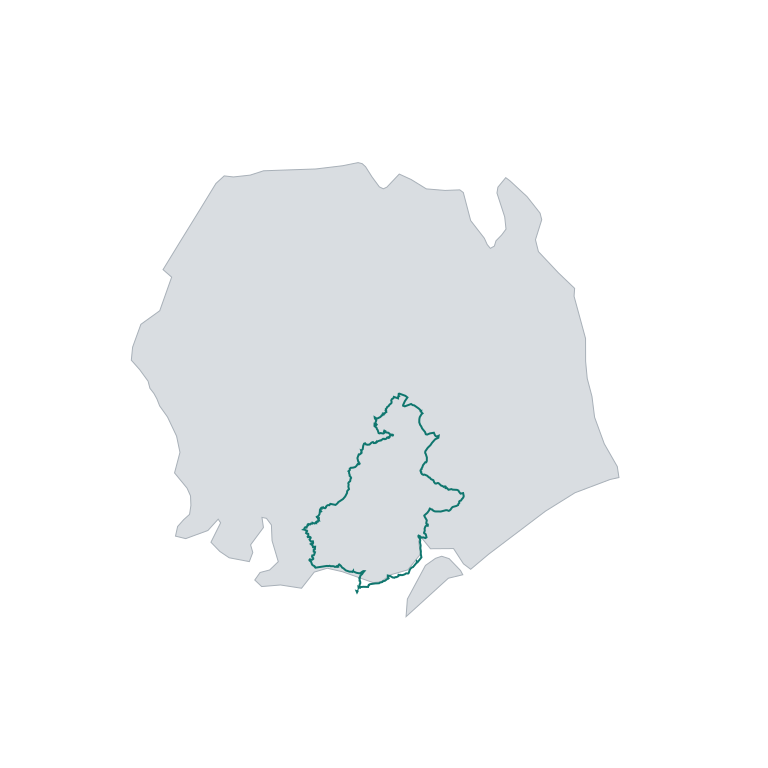 location of Moyamba, Southern, Sierra Leone, rotated 302°
{"feature_id": "65957751B35726846399821", "entity_name": "Moyamba", "entity_type": "district", "adm_level": 2, "iso_a3": "SLE", "parent_name": "Sierra Leone", "parent_adm1": "Southern", "projection": "orthographic", "projection_center": [-12.482, 8.03], "detail": "fine", "context": "in_parent", "style": "outline", "palette": "teal", "viewbox_px": 768, "rotation_deg": 302, "n_neighbors": 0, "source": "geoboundaries", "source_scale": "gbopen_adm2", "svg_char_len": 7718}
<svg xmlns="http://www.w3.org/2000/svg" viewBox="0 0 768 768"><g transform="rotate(302 384 384)"><path d="M623.5,377.9L623.1,382.9L618.7,406.0L611.6,425.8L606.9,430.7L586.6,436.0L578.1,444.8L570.7,472.9L566.1,495.0L559.1,498.7L529.4,530.8L510.0,543.0L496.4,553.4L483.6,567.0L467.4,580.2L450.0,602.5L437.6,625.6L429.2,632.8L422.8,626.3L393.0,603.6L361.7,588.3L295.0,562.9L272.8,555.7L273.6,546.7L281.3,530.2L268.9,510.7L273.7,496.7L268.9,496.6L259.3,505.1L239.0,502.7L225.5,490.5L214.6,486.1L209.8,480.0L202.7,448.0L197.7,433.5L187.5,424.5L167.1,422.3L158.7,402.7L147.4,387.6L149.3,378.3L158.5,378.8L165.7,385.6L177.3,388.5L191.8,372.1L204.8,363.2L207.8,355.5L206.2,351.2L198.4,357.8L176.9,356.1L171.6,362.0L162.0,363.9L154.6,344.8L155.0,333.5L158.1,321.1L179.7,319.0L181.5,315.0L166.5,312.3L147.8,297.8L144.5,287.8L153.8,284.5L162.7,286.0L170.4,288.2L178.7,284.6L186.6,279.2L191.3,272.2L197.6,253.5L217.9,247.2L229.9,235.7L241.3,217.9L246.5,205.4L251.1,199.2L254.1,193.8L256.3,187.8L261.4,182.4L266.7,169.2L270.3,157.1L282.0,151.3L305.8,146.2L327.3,155.0L362.1,147.3L363.9,136.0L395.8,135.7L433.6,135.5L465.0,135.2L475.8,138.2L479.8,146.6L490.2,159.8L501.0,168.9L514.5,188.9L530.2,212.2L547.2,233.3L558.0,244.7L559.3,248.7L558.5,253.2L553.3,264.0L548.7,275.6L549.2,280.0L552.4,282.1L570.1,285.7L571.8,298.6L571.9,316.5L580.5,333.2L588.8,345.4L588.4,349.8L568.5,370.9L560.8,391.8L556.9,397.7L555.4,402.3L559.4,404.5L564.8,403.1L572.6,404.8L580.0,405.4L589.7,397.8L605.8,378.6L611.3,376.3L623.5,377.9ZM266.4,547.7L264.0,551.9L253.4,541.5L198.4,526.0L214.0,517.8L252.1,515.3L263.5,520.1L268.5,524.2L270.4,531.8L266.4,547.7Z" fill="#d9dde1" stroke="#a8b0b8" stroke-width="1"/><path d="M201.6,415.2L200.6,414.0L199.4,414.5L198.8,416.3L198.1,416.7L196.8,416.1L196.0,414.0L195.2,414.0L194.9,414.3L194.6,416.4L193.1,418.2L192.5,419.4L192.7,421.5L192.6,421.8L192.4,421.6L191.9,423.2L199.5,432.0L200.2,433.4L201.1,434.3L201.1,435.1L202.5,437.3L202.9,438.4L202.9,439.4L203.7,440.1L203.8,440.5L204.1,440.3L204.7,440.6L204.7,441.3L204.4,441.5L204.6,441.9L204.8,442.1L205.3,441.7L206.9,441.4L207.3,441.7L207.0,443.7L206.1,445.8L206.2,447.3L205.7,450.4L206.6,454.2L207.6,455.8L207.9,456.8L209.0,456.9L208.7,457.1L209.3,460.7L210.3,463.3L211.2,464.2L213.7,465.2L214.6,465.9L214.9,466.5L213.1,466.2L211.2,466.2L209.1,465.5L206.8,466.3L206.8,465.9L206.3,465.9L204.8,467.4L204.2,467.5L204.2,468.0L203.4,468.9L202.1,469.6L201.4,469.5L200.3,469.9L199.6,470.4L198.4,470.1L198.4,469.9L197.8,470.4L198.0,470.4L198.5,471.6L198.8,471.5L199.5,471.9L201.1,474.0L203.4,478.0L204.1,477.7L205.4,477.9L205.7,477.6L206.9,478.3L210.2,482.2L212.4,485.4L213.3,485.7L215.2,487.5L216.1,487.6L217.7,489.1L221.0,490.3L221.1,490.7L221.7,490.9L222.6,489.3L223.6,488.7L224.5,491.3L224.5,493.8L225.3,495.6L226.2,495.9L226.9,497.0L228.4,497.9L229.1,498.0L229.1,497.7L229.8,497.5L229.9,498.4L230.7,498.8L230.8,499.5L231.9,501.1L233.5,502.4L235.1,503.1L236.1,504.9L236.9,505.1L239.6,504.4L241.5,504.3L243.1,504.8L244.1,505.6L249.9,506.4L251.0,505.8L250.8,506.9L256.8,507.6L259.4,505.2L261.7,503.9L263.9,501.9L266.5,500.6L268.7,498.5L270.9,497.4L271.9,496.2L272.6,494.3L273.3,493.7L273.8,493.7L274.0,495.1L273.5,497.1L274.7,498.5L275.3,500.8L276.5,501.3L278.3,499.5L278.8,498.7L278.7,497.2L279.0,496.8L281.2,496.3L282.8,495.1L285.1,494.6L286.6,495.0L286.9,496.2L287.8,495.9L288.1,495.4L287.7,494.8L288.3,493.6L291.1,492.5L293.1,488.7L293.7,487.9L294.1,487.9L297.8,489.0L300.9,489.2L301.8,488.9L302.7,488.9L302.8,491.1L303.1,491.5L302.7,492.7L302.8,494.2L303.3,495.4L306.0,499.8L309.9,503.5L310.4,504.5L310.7,506.1L311.2,506.5L312.6,507.0L315.2,507.1L316.2,507.5L318.8,509.9L320.6,511.0L321.9,510.6L323.0,510.9L324.0,510.1L324.8,510.1L326.1,511.1L327.5,511.0L328.7,511.3L330.3,511.3L331.2,511.0L333.4,508.9L331.6,507.0L332.5,504.5L333.1,503.6L332.9,502.0L330.8,498.2L330.6,496.9L328.5,494.7L329.1,492.7L328.4,491.6L328.4,491.3L329.6,490.8L329.7,490.5L329.1,489.5L328.4,489.2L328.5,487.5L328.1,486.5L328.8,482.8L328.6,482.1L327.2,481.0L326.8,480.2L327.2,478.7L328.6,476.8L328.2,474.3L328.9,472.3L328.6,471.5L329.1,469.3L328.7,466.7L328.5,466.1L327.8,465.5L327.7,464.0L328.4,462.4L329.1,462.3L329.6,461.0L330.2,460.7L331.6,461.0L331.8,460.7L333.8,460.6L335.8,460.1L339.6,460.5L340.0,461.3L341.4,461.1L344.4,459.3L346.7,456.6L347.4,455.4L348.8,454.7L353.1,454.9L356.8,455.8L359.6,455.9L364.3,456.7L367.2,458.6L369.1,457.8L367.8,456.9L367.3,456.2L367.2,455.5L367.5,454.4L369.1,452.1L366.4,449.1L364.1,447.5L363.6,446.5L363.6,446.0L365.0,444.3L366.5,439.9L367.8,438.0L368.5,436.3L370.2,434.2L372.9,432.6L374.8,431.9L378.3,431.8L379.5,432.2L379.8,430.8L380.4,430.2L380.4,429.8L380.8,429.7L380.4,429.3L381.2,428.4L381.6,426.5L381.9,420.9L381.3,419.5L381.4,417.6L376.1,413.5L375.7,411.7L376.1,411.4L380.5,410.8L385.0,411.0L385.3,408.4L384.0,402.2L383.5,401.7L381.6,402.6L381.6,403.2L380.4,402.8L379.3,403.5L378.3,399.2L376.9,399.5L375.3,398.7L374.3,398.8L373.8,398.9L372.8,400.0L371.6,400.4L369.3,399.6L367.6,399.6L366.3,398.9L364.6,399.1L363.8,398.8L362.8,399.7L362.5,399.5L362.2,400.3L361.3,400.4L361.2,400.7L360.3,400.2L359.5,400.2L359.0,399.5L358.4,399.8L358.3,399.2L358.0,399.5L357.7,399.2L357.3,399.3L357.1,398.9L356.6,399.2L355.9,398.6L355.4,398.7L353.9,398.3L351.2,396.6L350.8,396.3L350.8,393.8L350.1,394.4L348.9,396.8L346.3,397.3L345.7,399.3L344.8,399.2L344.5,398.8L344.7,397.4L343.3,398.2L342.9,400.9L342.0,401.9L341.6,403.0L339.5,405.5L339.8,406.5L340.6,407.1L341.6,409.6L342.2,410.0L343.0,409.9L343.4,409.7L343.6,409.2L344.6,409.0L344.7,410.3L343.9,410.7L343.9,411.1L345.0,413.6L344.5,416.1L345.6,418.2L345.5,418.7L345.1,418.8L344.8,418.5L344.8,418.0L344.0,416.7L343.1,416.5L342.0,416.9L341.1,416.8L340.9,416.6L341.4,416.3L341.4,416.0L340.1,414.9L339.2,415.0L338.2,414.6L337.4,413.5L337.6,413.1L337.1,412.3L334.4,411.3L334.4,410.9L332.0,409.0L330.8,408.7L331.0,408.4L330.6,408.4L330.5,408.1L329.2,407.8L328.5,406.6L328.8,406.3L328.9,405.4L327.7,404.5L325.0,403.8L323.8,402.3L323.2,400.7L323.7,399.4L322.8,398.7L320.6,399.1L317.4,400.5L315.9,400.1L315.3,400.4L315.3,400.1L314.6,400.9L314.1,400.9L314.0,401.3L313.5,401.5L311.2,400.6L310.9,399.9L307.1,400.7L304.7,403.1L304.4,404.0L303.7,404.3L303.7,405.4L303.3,405.5L303.1,405.1L302.5,405.1L302.2,404.1L299.7,404.0L298.2,403.5L296.6,402.0L295.3,400.2L294.6,400.2L294.1,399.8L292.8,400.6L291.2,400.1L290.9,401.0L289.7,401.8L289.0,402.8L287.9,403.5L287.7,404.5L286.9,405.9L285.8,405.9L283.6,406.8L282.3,406.3L281.4,406.2L280.8,406.4L280.0,407.3L278.0,408.2L276.3,410.0L274.1,409.6L273.5,409.6L272.0,410.4L268.0,410.7L264.7,410.2L259.5,407.8L258.3,407.8L255.8,407.0L253.9,402.0L252.3,401.9L251.6,400.7L250.9,400.2L249.4,399.8L248.5,400.2L248.1,399.9L247.5,399.9L247.0,398.9L247.2,397.7L246.6,397.6L246.1,396.6L245.7,396.6L245.3,397.0L245.0,396.3L243.5,396.4L243.5,397.0L243.0,397.3L242.6,398.2L242.3,398.0L242.0,397.1L239.7,398.2L238.7,398.3L237.3,398.3L235.7,397.4L235.5,397.7L235.7,398.2L235.6,398.7L235.1,399.1L235.7,399.9L234.3,400.6L233.9,401.1L233.7,400.5L232.9,400.8L232.2,400.2L231.8,400.6L231.1,399.7L230.2,400.2L230.1,399.5L229.0,399.2L228.7,398.1L228.3,397.5L228.3,396.8L227.4,397.0L226.8,395.9L225.8,395.8L225.4,394.5L224.3,394.6L224.3,393.8L221.2,394.4L220.9,393.2L220.2,392.9L218.9,393.3L218.0,392.9L218.5,394.3L218.3,395.2L218.8,396.1L218.6,396.7L216.3,396.9L216.2,397.9L216.8,399.1L215.4,400.2L214.0,400.2L213.8,400.7L215.1,402.3L215.0,403.1L214.4,403.4L212.6,403.3L211.7,405.3L212.9,407.1L211.7,408.1L211.0,408.2L210.3,407.1L209.5,406.7L209.2,409.0L207.9,410.3L208.0,410.8L209.0,411.1L209.5,411.8L207.1,413.0L206.1,412.3L204.6,413.2L204.8,414.6L202.2,415.2L201.6,415.2ZM193.9,471.0L193.8,470.5L193.1,471.5L194.4,471.4L194.5,471.1L193.9,471.0Z" fill="none" stroke="#0f766e" stroke-width="2"/></g></svg>